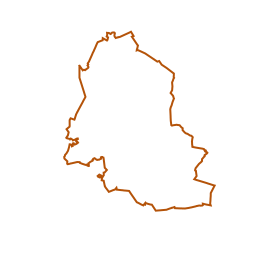 the district of Suntažu pag., Ogre, Latvia, rotated 74°
{"feature_id": "27541924B15599164032444", "entity_name": "Suntažu pag.", "entity_type": "district", "adm_level": 2, "iso_a3": "LVA", "parent_name": "Latvia", "parent_adm1": "Ogre", "projection": "mercator", "projection_center": [24.882, 56.884], "detail": "fine", "context": "isolated", "style": "outline", "palette": "amber", "viewbox_px": 256, "rotation_deg": 74, "n_neighbors": 0, "source": "geoboundaries", "source_scale": "gbopen_adm2", "svg_char_len": 5250}
<svg xmlns="http://www.w3.org/2000/svg" viewBox="0 0 256 256"><g transform="rotate(74 128 128)"><path d="M98.5,172.2L99.3,172.9L100.8,174.3L101.1,174.4L101.2,174.5L103.9,176.3L104.0,176.3L105.2,177.2L104.8,177.8L103.5,179.6L102.9,180.5L104.3,181.9L104.6,182.0L105.6,182.3L109.6,183.4L110.6,183.8L112.1,187.2L112.2,187.4L115.7,186.2L118.7,187.9L119.0,188.4L120.4,190.0L120.9,189.7L121.0,189.6L122.7,186.6L122.8,186.6L122.4,185.9L124.2,184.3L124.7,184.3L124.6,182.3L124.1,180.3L124.2,179.2L124.8,179.2L125.6,181.4L126.7,181.5L127.3,181.1L127.5,180.4L128.3,180.1L129.0,181.8L129.2,183.1L129.2,184.2L127.8,184.3L127.5,184.9L129.3,186.6L130.0,186.3L130.1,186.9L129.4,186.8L128.0,187.6L127.6,188.6L130.1,189.9L133.4,192.0L134.9,193.6L135.4,194.1L136.4,195.7L136.5,195.9L137.5,196.4L137.7,196.6L138.2,197.3L138.3,197.3L139.4,197.5L139.7,197.5L139.9,197.5L143.3,195.5L145.5,196.3L146.1,196.1L146.2,195.9L146.3,194.3L146.3,192.9L146.3,192.6L146.4,192.2L146.7,186.2L147.0,185.4L147.5,183.8L147.6,183.7L148.3,183.8L149.9,181.7L151.8,178.9L151.8,178.0L151.8,177.9L152.9,177.5L153.7,176.3L153.7,176.1L152.6,175.8L151.1,175.9L150.7,174.7L150.2,173.7L149.7,171.1L148.9,170.9L148.9,170.2L148.0,169.9L147.8,168.5L148.0,168.3L149.8,167.0L150.0,166.6L150.2,166.4L150.2,165.4L150.3,165.2L150.5,164.7L150.1,162.7L150.1,162.4L148.7,162.1L148.6,161.2L148.8,160.6L149.9,160.1L149.9,159.8L150.3,159.8L156.6,160.8L159.8,161.3L162.5,159.9L164.3,162.7L164.2,163.7L166.7,164.3L167.7,165.5L167.8,165.6L167.3,165.9L167.3,166.7L166.9,167.0L166.3,166.9L164.9,168.4L165.8,170.4L166.7,170.1L166.8,169.7L167.6,169.1L167.2,167.6L168.0,167.7L168.3,166.5L171.0,167.7L172.0,165.9L173.1,166.0L177.3,166.3L177.4,166.2L177.9,166.3L178.1,166.2L179.7,165.7L180.4,165.4L181.4,165.0L184.1,164.0L184.0,163.2L184.0,162.8L183.6,159.2L183.6,157.5L182.3,155.6L184.2,155.7L185.8,151.8L186.5,150.0L186.9,149.2L187.8,146.8L188.8,144.3L191.7,143.4L201.8,140.0L201.9,139.9L202.0,139.7L203.9,137.6L204.5,137.1L206.1,135.3L206.3,135.0L206.6,134.6L206.1,134.1L205.9,133.9L205.9,133.5L206.1,133.2L206.4,132.7L206.2,132.6L205.2,132.5L204.8,132.1L204.7,131.9L204.8,131.9L205.0,131.7L206.3,129.9L207.7,127.6L208.3,126.2L215.1,124.1L215.6,121.7L215.8,120.7L216.0,119.7L217.2,113.5L217.1,112.5L217.0,111.1L216.9,109.5L216.9,109.1L216.9,108.5L216.8,108.0L216.9,107.9L216.8,105.1L218.0,105.0L218.8,102.6L219.5,100.5L221.1,95.4L221.4,93.0L221.6,91.4L221.7,89.5L221.8,88.9L221.8,88.6L222.0,84.3L221.9,83.7L222.0,83.1L222.1,81.4L222.2,80.7L222.4,80.2L222.7,79.6L222.7,79.2L222.8,79.0L222.9,78.5L223.0,77.9L222.9,77.6L222.8,77.3L222.6,77.2L222.1,77.0L221.4,76.9L221.9,76.0L222.1,75.8L223.6,73.0L223.8,72.4L223.8,72.5L225.2,69.8L224.8,69.8L224.4,70.1L222.9,69.7L220.9,68.9L218.5,68.1L216.1,67.2L213.4,66.4L207.2,60.6L206.8,61.3L203.6,66.1L203.5,66.3L202.9,67.1L202.3,68.0L197.4,75.6L197.0,76.3L195.5,78.4L193.1,75.3L188.8,74.7L188.1,74.5L187.5,75.1L187.1,75.2L185.3,74.1L182.1,69.7L180.7,66.7L180.0,66.0L180.0,65.9L179.2,65.7L178.3,65.4L178.2,65.3L177.9,64.7L176.8,63.1L176.6,62.7L176.5,62.4L176.3,62.1L176.0,61.9L175.7,61.9L175.4,62.0L175.2,61.9L175.1,61.7L174.4,59.6L174.3,59.3L173.7,58.5L173.3,58.6L173.1,59.0L172.9,59.2L172.8,59.3L172.5,59.5L172.4,59.7L172.2,60.0L171.9,60.2L171.7,60.0L171.6,59.9L171.6,59.7L171.4,59.4L171.1,59.4L170.9,59.5L170.7,59.9L170.8,60.1L171.0,60.2L171.0,60.3L170.8,60.5L170.6,60.6L170.1,60.7L169.9,60.5L169.2,60.8L168.4,62.1L166.5,66.1L165.6,68.0L163.9,71.3L163.2,71.2L162.7,71.0L162.2,70.9L161.9,71.0L159.1,70.3L158.8,70.3L157.6,69.8L156.2,69.2L154.7,68.3L153.3,69.0L152.8,69.4L152.4,70.3L152.0,70.7L150.0,72.4L149.9,72.5L149.4,73.5L148.1,74.6L145.1,76.1L143.3,75.5L142.3,76.3L141.4,76.8L139.6,77.6L139.2,78.3L139.0,79.0L138.3,80.3L137.8,83.9L137.8,85.1L137.7,85.2L137.2,85.6L134.8,85.2L132.9,84.9L129.5,84.1L128.4,83.8L121.6,82.2L121.1,81.9L119.9,81.2L118.2,79.8L117.2,79.2L115.3,78.0L112.3,75.7L112.1,75.8L110.4,75.8L109.6,75.8L108.6,76.2L106.1,77.4L103.9,75.2L100.2,73.8L96.5,73.1L96.0,72.8L94.7,71.7L93.3,70.8L92.5,69.9L92.0,70.1L91.6,70.0L91.4,70.0L90.8,69.7L88.3,68.9L82.5,73.2L81.0,74.3L76.4,78.2L72.2,79.6L72.3,81.5L61.1,90.9L57.7,94.8L55.7,97.2L55.8,98.2L54.7,97.7L54.1,97.2L53.6,96.9L52.8,96.5L51.4,95.7L51.2,95.9L41.3,99.1L41.1,97.3L36.3,98.6L36.7,100.6L38.2,110.6L38.1,114.0L38.0,113.9L38.0,114.0L38.0,114.8L37.3,115.3L36.9,115.5L36.6,115.6L35.5,115.6L35.1,115.5L34.9,115.4L34.4,115.1L34.1,114.9L33.3,114.5L33.2,114.5L32.9,114.6L32.7,114.7L32.5,114.8L32.2,115.3L32.2,115.7L31.9,116.9L32.0,117.2L32.1,117.5L32.7,118.3L32.8,118.6L32.7,118.7L32.8,118.9L32.7,119.0L32.4,119.3L32.0,119.6L31.7,119.8L31.4,120.2L31.3,120.4L31.1,120.9L31.0,121.2L30.9,121.7L30.8,121.9L32.8,122.3L34.2,123.3L35.4,122.2L37.6,123.4L38.1,124.1L36.3,125.9L35.4,126.8L34.7,127.5L36.7,128.2L36.7,128.7L37.1,133.0L37.1,133.4L37.9,134.2L39.3,135.4L41.7,137.3L44.0,139.3L44.3,139.5L44.8,139.9L45.3,140.4L45.9,141.0L47.8,142.5L53.5,147.3L54.8,148.9L56.0,148.7L56.7,149.7L58.1,149.2L58.9,149.4L59.3,150.0L60.5,153.2L60.3,153.3L60.4,153.5L59.8,154.8L60.1,155.6L55.4,157.2L54.8,157.4L54.8,157.6L55.1,157.6L55.8,157.8L66.3,160.8L81.2,160.4L82.2,160.4L86.2,160.3L86.3,160.3L86.6,160.5L86.8,160.7L90.0,163.9L90.5,164.3L96.9,170.6L97.1,170.8L98.5,172.1L98.5,172.2Z" fill="none" stroke="#b45309" stroke-width="2"/></g></svg>